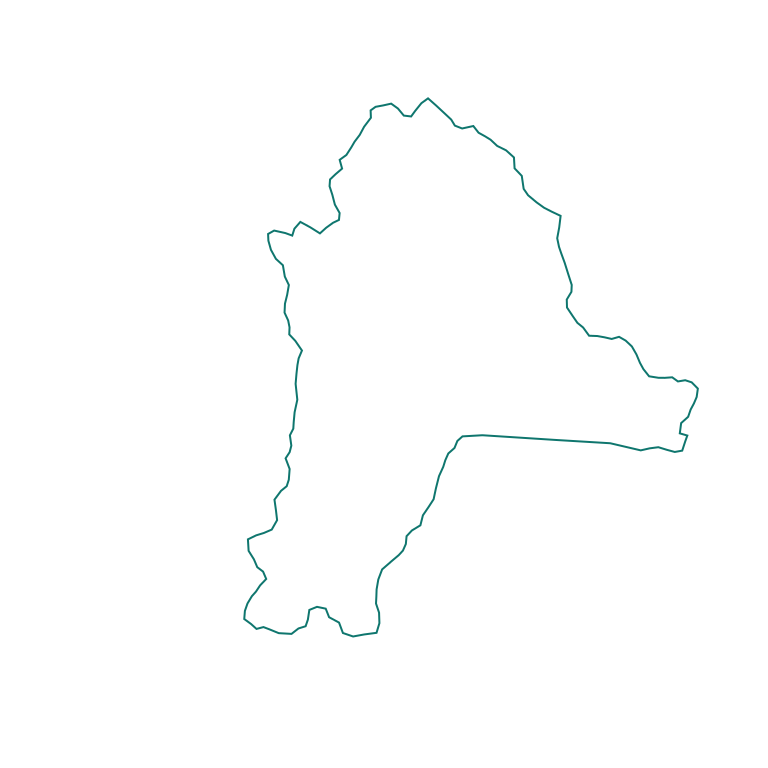 Luiz Alves, Santa Catarina, Brazil, rotated 324°
{"feature_id": "56859067B92746316194010", "entity_name": "Luiz Alves", "entity_type": "district", "adm_level": 2, "iso_a3": "BRA", "parent_name": "Brazil", "parent_adm1": "Santa Catarina", "projection": "mercator", "projection_center": [-48.897, -26.726], "detail": "fine", "context": "isolated", "style": "outline", "palette": "teal", "viewbox_px": 768, "rotation_deg": 324, "n_neighbors": 0, "source": "geoboundaries", "source_scale": "gbopen_adm2", "svg_char_len": 2518}
<svg xmlns="http://www.w3.org/2000/svg" viewBox="0 0 768 768"><g transform="rotate(324 384 384)"><path d="M622.3,277.1L620.1,266.7L615.5,257.9L613.8,249.0L611.2,242.7L608.2,236.3L607.9,227.8L597.4,223.2L593.2,216.6L593.8,209.6L592.1,200.8L589.8,189.1L587.5,178.8L579.3,178.8L569.7,181.4L563.2,183.5L557.8,178.5L557.2,169.3L554.6,161.4L547.0,158.1L540.1,154.8L534.0,154.8L529.9,160.9L519.1,164.2L510.8,168.2L502.6,170.7L496.7,173.3L488.2,176.6L479.9,176.6L476.7,185.1L468.1,185.8L460.6,186.8L456.2,192.0L453.4,200.6L449.7,210.0L448.6,219.6L444.0,224.8L437.5,223.6L429.0,223.6L420.7,224.5L416.5,214.0L411.6,203.7L402.8,205.7L397.0,210.0L392.9,203.9L385.3,195.3L378.4,194.5L374.7,200.1L371.4,209.0L370.1,219.2L372.0,228.5L366.9,238.8L365.2,248.0L358.1,254.9L351.1,260.8L345.5,267.8L343.8,276.3L340.9,282.6L336.5,288.2L337.6,296.9L337.3,308.7L330.0,313.1L325.0,317.9L319.1,324.4L312.6,331.9L304.6,345.8L295.1,354.3L288.6,361.7L284.4,366.8L277.7,370.2L272.8,379.4L267.6,383.7L260.7,386.3L257.7,397.3L250.7,405.5L245.2,409.5L237.9,409.9L227.4,413.2L222.5,422.4L217.5,431.3L207.6,435.8L199.2,433.9L191.6,431.3L182.6,429.7L176.4,439.4L175.7,449.4L173.8,457.7L175.9,464.7L174.1,472.5L165.4,474.1L158.4,476.7L152.4,478.0L144.6,481.3L138.1,485.8L132.8,492.0L135.4,500.1L136.9,507.2L143.6,509.8L147.2,515.3L152.4,523.7L162.3,531.8L171.1,531.5L178.2,533.9L183.9,529.9L190.8,522.9L198.8,524.9L204.8,531.5L202.5,540.4L207.4,550.6L204.4,561.3L210.6,570.1L220.8,575.0L231.7,580.9L239.7,574.8L245.6,566.1L248.5,556.9L252.7,551.7L257.3,545.8L264.5,538.8L273.5,532.9L285.9,531.8L295.4,531.1L301.4,529.9L307.6,526.3L312.8,520.4L320.5,518.9L330.4,519.7L338.3,513.1L347.8,509.7L356.4,506.4L364.6,499.0L374.3,490.9L383.3,485.8L388.8,481.7L395.2,478.0L403.4,477.2L409.9,473.2L416.7,472.5L433.5,483.3L482.2,523.7L489.3,529.6L532.2,564.9L552.7,588.6L561.1,592.2L568.8,596.4L574.3,603.7L579.3,609.9L586.1,613.2L594.1,607.4L599.1,604.0L594.3,597.8L601.4,590.3L610.8,589.3L617.1,584.9L623.3,581.9L629.3,578.3L635.2,572.2L633.9,563.5L629.9,558.0L623.3,554.7L621.1,548.0L614.7,544.0L609.6,540.2L603.0,533.6L602.6,524.5L603.5,517.4L605.6,508.5L606.6,499.3L605.0,490.9L601.9,484.0L594.7,481.4L589.8,475.8L584.8,470.6L578.3,465.5L578.3,455.3L576.4,448.2L576.6,440.1L577.0,429.7L581.5,423.1L589.8,419.6L594.1,414.2L597.7,403.2L601.4,392.2L604.2,382.4L606.2,375.9L609.8,367.9L617.8,360.3L625.7,351.8L621.0,343.2L617.1,335.5L614.2,326.7L611.5,316.0L611.7,308.2L617.8,296.6L616.4,286.3L622.3,277.1Z" fill="none" stroke="#0f766e" stroke-width="2"/></g></svg>